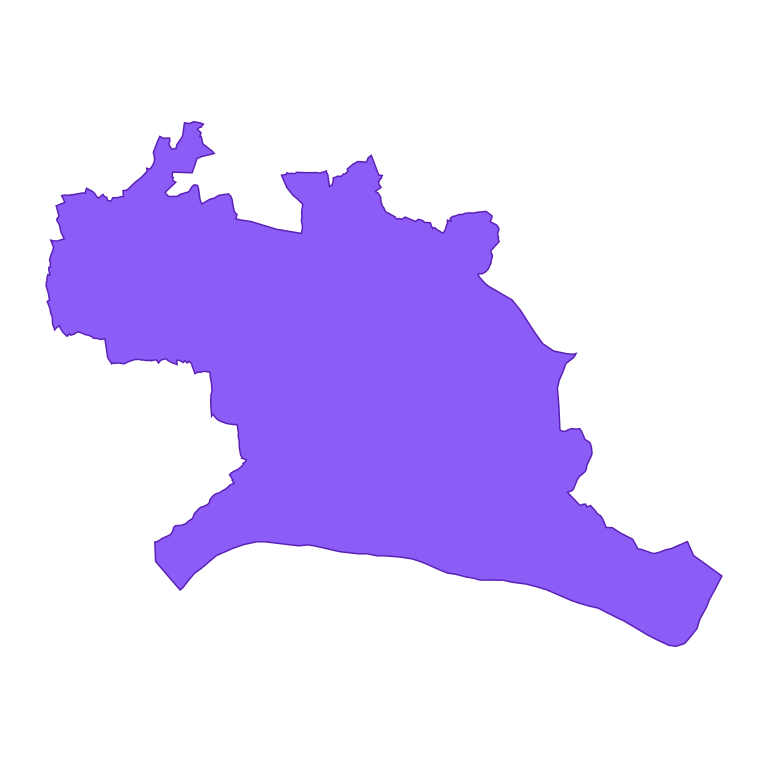 the district of Aguata, Anambra, Nigeria
{"feature_id": "59680162B7486965108625", "entity_name": "Aguata", "entity_type": "district", "adm_level": 2, "iso_a3": "NGA", "parent_name": "Nigeria", "parent_adm1": "Anambra", "projection": "orthographic", "projection_center": [7.074, 5.98], "detail": "fine", "context": "isolated", "style": "filled", "palette": "violet", "viewbox_px": 768, "rotation_deg": 0, "n_neighbors": 0, "source": "geoboundaries", "source_scale": "gbopen_adm2", "svg_char_len": 6064}
<svg xmlns="http://www.w3.org/2000/svg" viewBox="0 0 768 768"><path d="M180.1,590.0L183.1,587.4L188.9,579.9L194.5,573.3L202.1,567.7L216.3,555.6L233.2,548.2L244.4,544.4L256.7,541.8L265.1,541.8L298.7,545.8L308.1,544.9L314.6,545.9L339.8,551.7L358.4,553.8L366.9,553.8L377.1,555.8L383.7,555.8L398.6,556.9L411.7,558.8L418.2,560.8L425.6,563.6L440.5,570.3L448.0,573.2L455.4,574.2L466.6,577.1L473.2,578.1L479.7,580.0L503.1,580.2L511.4,582.1L526.4,584.1L537.6,587.0L546.9,589.9L571.1,600.4L579.4,603.3L589.7,606.2L598.1,608.1L616.7,617.6L623.2,620.5L647.3,634.8L656.6,639.6L668.7,645.3L676.2,646.3L684.6,643.5L690.3,637.0L697.0,628.5L699.9,619.1L706.6,606.9L709.5,599.4L715.2,589.1L721.9,576.0L693.4,555.4L687.4,541.6L670.9,548.7L664.9,550.0L660.1,552.0L654.5,553.5L652.0,553.2L642.0,549.6L639.7,549.1L638.0,549.1L632.7,539.3L619.8,532.6L612.3,527.7L606.2,527.5L603.3,520.2L600.6,515.7L597.5,513.9L594.8,510.2L590.5,505.5L586.7,507.0L585.6,504.1L582.2,504.5L581.2,505.4L579.5,504.9L567.4,492.3L571.3,491.0L572.4,490.4L573.6,488.7L577.3,479.6L579.3,476.6L585.1,471.6L586.3,469.4L586.8,465.6L591.6,455.2L592.0,453.0L591.4,447.1L590.1,443.0L588.7,441.6L586.4,440.4L584.9,439.2L581.6,431.4L579.7,428.6L576.4,429.1L571.4,428.7L568.2,429.7L565.5,431.3L562.6,431.3L559.9,429.8L558.8,405.0L557.4,388.2L559.3,380.0L562.8,372.2L565.9,363.6L573.3,357.8L575.0,355.5L576.0,353.5L573.4,354.3L566.7,353.7L553.6,351.0L542.8,343.7L534.8,332.6L520.5,310.4L512.0,299.9L488.4,286.2L484.5,282.8L479.7,277.4L478.0,274.5L478.9,273.7L482.3,273.7L485.6,271.8L488.3,268.9L491.0,263.0L491.3,259.9L492.1,257.9L492.4,255.7L490.7,250.9L499.2,241.5L498.1,238.5L498.6,237.5L498.4,236.5L497.4,234.7L498.8,229.9L498.9,228.5L498.4,227.4L496.7,225.0L490.0,221.5L491.5,218.7L492.1,215.9L486.1,211.4L476.2,212.4L474.0,213.1L469.4,212.9L465.1,213.3L461.9,214.6L460.9,214.4L458.5,214.7L455.3,216.0L452.5,216.5L450.2,218.4L451.0,221.0L450.8,221.3L447.4,220.1L447.3,223.7L446.3,225.9L446.1,227.3L444.7,230.9L443.1,232.9L442.2,232.8L436.6,229.3L434.5,227.5L432.9,228.7L431.5,226.1L430.3,222.7L424.4,222.4L422.7,220.5L418.5,219.3L415.4,221.4L405.2,217.1L401.8,219.3L399.4,218.5L396.5,219.0L395.1,216.9L385.5,211.6L383.9,208.0L382.0,205.3L380.7,199.9L380.8,197.5L378.3,193.1L376.1,192.2L375.5,191.4L381.1,187.3L379.2,184.7L378.3,181.8L379.4,181.1L380.1,179.0L381.4,178.3L381.3,177.3L382.3,175.5L378.7,175.0L371.3,155.4L368.3,157.6L366.4,162.1L357.9,161.5L353.1,164.1L347.3,169.0L347.8,171.6L344.7,174.0L343.5,173.9L341.4,176.3L337.0,176.3L335.7,177.4L334.0,177.4L333.2,178.3L333.3,180.5L332.2,184.8L329.5,186.4L327.8,174.7L326.5,172.4L326.3,170.9L324.5,171.7L319.6,173.1L316.9,172.6L306.6,172.7L296.7,172.3L295.1,173.4L294.0,173.6L291.3,173.3L289.9,173.7L286.9,172.8L286.0,174.5L281.5,175.2L286.9,187.6L292.8,195.1L298.0,199.5L302.8,204.4L301.6,212.0L301.9,216.7L301.4,221.0L302.4,225.8L302.3,228.8L301.4,233.4L276.6,229.3L251.3,221.6L240.7,220.0L235.9,218.9L237.0,214.4L235.4,213.2L234.3,211.1L232.7,204.0L232.3,200.1L230.6,195.9L229.4,195.2L228.7,193.9L219.9,195.1L217.6,196.0L214.2,198.2L209.9,199.2L201.8,204.0L200.0,199.5L198.7,189.6L197.5,185.4L194.4,184.8L192.4,186.2L188.8,191.8L179.4,194.6L178.6,195.6L176.9,196.4L169.0,196.5L166.1,194.1L165.2,192.3L175.8,182.2L173.3,180.8L172.6,179.8L173.3,177.7L173.1,177.3L172.0,176.7L172.7,172.1L192.1,172.8L197.0,158.6L201.2,156.7L214.3,153.5L212.6,151.5L203.2,144.1L202.6,142.9L201.2,136.6L199.8,136.7L201.0,132.8L197.6,129.5L197.5,129.0L199.4,127.6L201.6,126.9L201.6,125.9L203.4,124.1L199.9,122.8L193.7,121.7L189.7,123.5L184.5,122.8L182.7,135.5L181.4,138.1L176.9,144.6L176.1,148.3L172.3,149.3L170.1,146.8L168.8,143.9L169.8,141.7L169.6,138.1L163.0,138.2L159.9,136.4L158.2,139.8L153.3,152.4L154.4,156.7L154.6,159.3L154.1,162.5L152.2,166.0L149.9,169.1L146.7,168.3L147.2,171.2L141.5,177.3L135.1,182.3L128.5,188.8L125.9,190.4L123.0,190.6L123.4,196.6L120.9,196.7L118.0,197.6L112.8,197.8L111.1,201.0L109.7,201.0L107.3,200.1L106.8,197.3L104.9,197.0L102.9,194.4L98.6,198.1L96.5,196.5L95.0,193.8L92.3,191.3L86.6,188.3L85.6,191.0L85.3,193.2L82.8,192.9L72.7,194.7L66.0,195.4L65.3,195.0L61.7,195.6L64.9,202.4L56.2,205.9L58.7,215.0L58.6,217.1L57.7,217.7L56.9,218.9L56.9,220.6L59.2,224.4L61.1,232.4L64.2,238.8L57.4,241.0L53.8,240.9L50.8,240.2L53.5,247.1L52.6,251.2L51.4,253.7L49.6,259.5L49.8,261.6L50.6,263.0L50.3,265.1L50.6,266.8L49.1,267.1L48.7,268.2L49.1,271.7L49.9,274.9L47.8,274.6L46.9,278.6L47.1,281.3L46.4,281.9L46.1,285.8L48.3,293.1L49.5,300.0L47.2,301.5L50.0,308.7L50.7,313.2L52.3,316.9L52.6,324.0L54.7,329.9L56.4,327.8L59.3,325.7L60.1,327.7L62.6,331.8L64.3,333.8L67.1,336.2L67.8,335.9L68.4,334.7L69.6,333.9L70.5,335.2L73.9,334.2L77.5,331.9L80.9,332.7L85.3,334.6L88.7,335.3L92.0,336.9L93.9,338.4L96.6,338.3L100.7,339.5L104.9,338.7L107.7,357.7L111.7,363.8L112.2,363.1L114.7,363.4L117.8,362.9L124.3,363.8L128.4,361.7L134.7,359.6L139.6,359.3L140.7,360.0L143.4,360.0L146.6,360.6L149.9,360.2L150.5,360.8L155.3,359.9L156.4,360.1L158.6,363.0L160.6,360.3L164.3,359.0L166.7,359.1L167.2,360.0L171.1,362.3L177.1,364.6L176.8,361.3L177.1,360.2L179.3,360.3L183.2,362.5L184.8,360.7L187.0,362.9L188.3,362.3L188.4,361.7L189.3,361.4L191.1,363.1L191.7,364.4L195.0,373.7L197.7,372.3L201.3,372.1L204.2,371.2L210.0,372.2L210.2,375.9L211.6,384.7L212.0,391.9L211.1,394.3L210.7,399.7L210.9,406.4L211.6,416.1L212.8,414.3L215.6,417.7L217.9,419.9L220.8,421.4L226.7,423.5L233.7,424.6L236.8,424.5L237.6,427.1L238.4,433.0L238.2,436.3L239.2,441.4L239.4,447.9L240.6,455.0L242.2,457.5L241.7,458.2L246.5,459.8L245.7,461.4L243.0,463.4L243.3,464.7L241.0,466.9L237.8,469.5L233.5,471.5L230.9,473.2L229.5,475.0L231.1,477.1L232.6,479.7L232.1,480.1L232.4,480.9L234.2,483.1L231.1,484.5L229.4,485.6L226.2,488.7L222.3,490.8L221.1,491.8L218.9,492.9L216.2,493.7L214.2,494.9L212.4,496.5L210.0,499.6L209.2,502.8L207.5,504.6L205.0,505.6L203.7,506.5L200.9,507.2L199.1,508.5L194.3,513.7L192.6,518.4L188.5,521.1L186.1,523.5L181.6,525.3L176.5,525.6L175.0,526.0L173.5,527.9L172.9,530.7L171.6,533.2L170.0,534.9L162.4,538.3L157.9,541.3L154.8,542.1L155.6,561.5L180.1,590.0Z" fill="#8b5cf6" stroke="#5b21b6" stroke-width="1.5"/></svg>